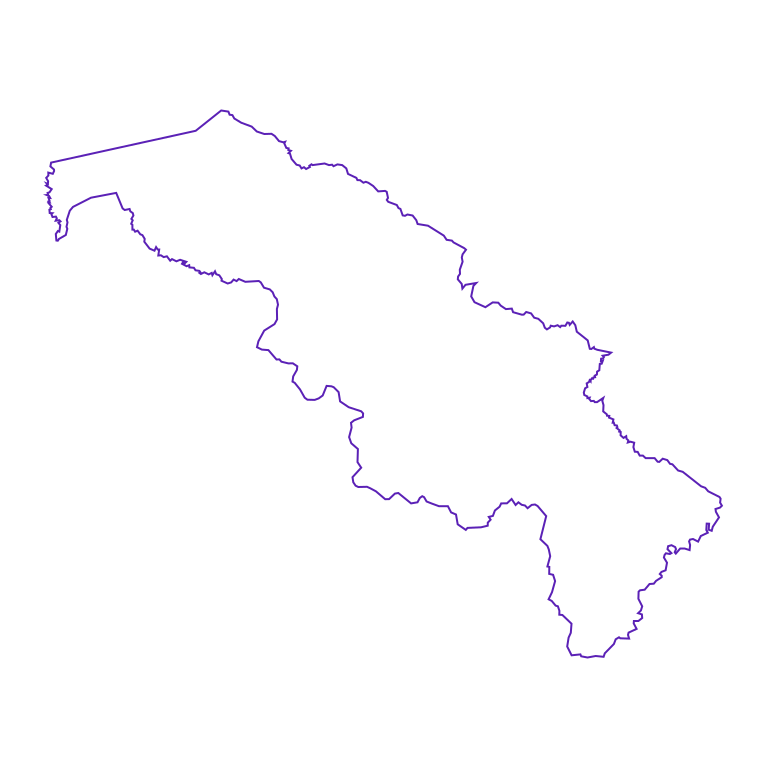 outline of Lavushimanda, Muchinga, Zambia
{"feature_id": "96606910B97886687400536", "entity_name": "Lavushimanda", "entity_type": "district", "adm_level": 2, "iso_a3": "ZMB", "parent_name": "Zambia", "parent_adm1": "Muchinga", "projection": "orthographic", "projection_center": [31.015, -12.593], "detail": "fine", "context": "isolated", "style": "outline", "palette": "violet", "viewbox_px": 768, "rotation_deg": 0, "n_neighbors": 0, "source": "geoboundaries", "source_scale": "gbopen_adm2", "svg_char_len": 6073}
<svg xmlns="http://www.w3.org/2000/svg" viewBox="0 0 768 768"><path d="M571.6,655.3L580.4,654.4L581.2,656.3L587.5,657.5L595.7,656.0L603.6,656.8L604.8,653.3L613.9,644.0L615.7,639.3L619.0,637.3L620.3,638.3L629.1,638.6L628.0,634.9L628.6,632.6L636.6,628.9L633.7,623.4L633.9,621.0L638.4,621.0L642.2,618.0L641.9,614.4L638.1,613.2L640.9,610.5L642.2,606.3L638.4,598.8L638.6,591.7L640.0,590.3L644.7,589.7L649.5,584.0L653.8,583.7L656.1,580.8L661.7,577.2L661.7,575.7L659.8,574.0L661.5,571.9L665.6,570.3L667.0,562.7L663.9,557.5L664.6,554.9L665.9,553.3L669.9,554.0L671.4,553.1L667.5,549.2L668.1,546.2L671.5,545.2L675.2,547.1L676.0,549.1L674.7,552.3L675.8,553.6L680.2,548.5L684.6,548.5L689.6,550.1L690.1,545.0L689.1,541.4L690.0,539.6L693.0,539.0L698.1,541.6L700.8,536.0L707.8,532.7L706.3,530.0L706.7,523.6L709.1,523.7L708.7,529.7L711.7,530.8L712.8,526.7L719.0,517.4L715.9,511.8L715.5,509.0L720.0,507.6L721.9,505.7L720.1,502.6L720.6,498.7L719.5,497.0L708.2,491.3L705.2,487.8L701.1,486.3L682.7,471.8L678.1,470.5L672.4,464.3L670.0,463.8L667.3,460.1L662.7,458.7L659.3,461.9L657.6,461.7L654.6,458.1L645.6,458.1L642.9,455.6L639.7,455.6L637.7,451.9L634.8,451.7L633.4,447.1L634.2,442.7L630.5,441.7L627.8,442.5L628.4,440.5L626.5,438.7L626.2,436.2L623.5,437.9L620.6,435.3L620.7,432.0L619.2,431.6L619.7,430.4L616.6,428.0L617.4,427.2L616.9,425.5L614.6,425.2L613.8,422.6L612.7,422.7L613.4,419.4L609.0,417.6L609.3,415.9L607.0,415.7L606.8,414.3L603.2,411.4L603.5,405.1L602.3,400.8L603.3,397.9L597.1,402.1L594.7,402.1L593.8,400.9L591.0,401.1L589.1,398.8L589.6,397.7L587.4,398.1L587.3,396.4L584.3,395.0L583.8,392.6L585.1,388.3L587.4,387.0L586.7,383.4L589.0,382.0L589.6,380.3L590.6,381.4L590.7,379.6L592.1,378.8L591.3,378.0L593.2,378.6L593.5,377.4L595.1,377.2L594.7,375.7L596.9,374.5L597.1,371.6L599.3,370.3L599.8,364.0L601.7,363.7L602.8,360.7L600.9,361.3L601.1,358.7L603.1,358.4L603.9,357.1L602.7,355.7L608.5,354.7L611.1,352.6L597.3,349.8L594.4,348.7L593.9,347.1L591.3,349.0L589.8,348.8L587.7,340.4L576.8,331.7L575.3,325.2L572.7,321.5L569.7,324.9L568.9,322.8L567.3,322.5L565.4,325.8L561.3,325.7L560.2,327.1L557.6,325.2L554.1,326.4L550.7,325.7L550.1,327.4L546.9,329.4L544.8,327.7L543.2,323.3L538.3,318.8L534.2,317.7L531.1,313.4L526.2,312.0L523.7,314.6L521.9,314.7L513.1,312.2L511.8,308.6L505.9,309.1L500.7,305.6L498.3,302.7L492.7,302.4L485.4,307.2L474.5,302.2L471.2,296.4L473.4,285.9L476.2,283.0L465.5,284.8L462.4,288.6L461.7,283.9L457.8,279.3L458.1,276.5L460.0,273.9L459.8,269.7L462.6,261.7L461.8,257.5L462.6,254.3L466.0,249.7L464.3,248.2L453.5,242.4L451.9,240.6L446.6,239.8L443.8,235.6L428.0,225.7L417.6,224.0L416.3,220.2L412.6,215.5L407.4,214.5L405.0,215.8L402.7,215.4L400.4,208.9L398.5,208.1L396.8,205.0L388.2,201.8L386.8,199.9L388.0,197.9L386.7,191.8L385.0,190.9L378.2,191.4L373.2,186.0L368.4,182.8L365.8,181.8L363.4,182.7L360.1,180.2L357.4,180.1L356.4,177.9L348.0,173.9L346.3,168.4L342.2,165.1L337.4,164.4L333.5,166.2L332.1,164.7L329.0,165.1L324.6,163.5L312.5,165.1L311.5,164.3L309.3,165.8L309.9,167.0L306.1,169.0L304.0,167.2L301.5,168.4L299.7,165.5L296.5,164.7L291.6,159.0L290.0,153.7L288.5,153.1L290.9,150.8L288.3,150.0L288.6,148.4L286.3,147.9L284.3,143.4L285.1,141.8L283.3,142.3L279.0,141.1L274.8,136.0L271.5,133.8L264.3,134.0L256.8,131.5L251.7,126.6L241.2,122.7L234.3,118.5L232.4,115.1L229.6,114.7L228.4,111.6L221.2,110.5L195.7,130.8L51.1,162.6L50.4,166.4L54.0,169.5L54.1,171.0L52.8,173.8L48.3,172.6L48.4,175.5L46.2,177.9L48.1,181.2L47.9,184.0L46.7,183.5L47.7,184.8L46.1,185.6L51.7,189.1L49.5,192.3L47.6,192.9L48.1,194.8L46.7,195.0L49.1,196.0L50.2,198.0L48.5,197.9L49.6,200.9L48.5,201.4L49.7,202.7L48.5,203.0L51.7,206.8L50.4,208.0L50.8,209.2L49.4,209.7L49.7,213.0L52.4,213.2L51.4,214.2L52.5,217.0L55.9,216.6L56.8,218.3L55.7,220.7L59.3,220.2L60.5,221.4L58.4,222.8L60.3,225.1L59.3,231.6L57.9,231.0L55.8,234.0L56.4,240.5L57.8,240.7L59.0,238.9L65.8,235.0L67.3,228.8L66.5,226.8L67.5,222.4L66.8,219.9L69.8,210.7L73.0,206.9L91.0,197.7L116.2,192.9L122.6,208.4L124.7,210.0L129.6,209.0L130.3,211.3L132.8,213.1L133.4,215.5L131.4,218.9L132.7,220.3L131.2,223.8L132.4,224.8L132.4,229.6L133.8,229.6L135.1,231.7L137.6,230.7L140.3,234.3L142.4,235.1L144.7,238.9L144.3,241.7L149.6,248.6L154.5,250.7L156.1,247.1L157.7,249.5L159.2,249.5L158.3,255.5L160.9,255.3L163.7,257.1L166.9,256.3L170.2,260.7L172.0,259.1L176.4,261.3L180.1,259.8L186.3,261.8L184.6,263.5L182.7,262.7L182.0,263.8L186.6,266.2L189.2,265.2L189.4,267.4L193.9,267.8L195.5,270.3L199.4,270.9L200.4,272.3L199.4,272.9L200.9,274.0L204.3,272.3L208.7,274.4L211.7,272.9L212.4,275.2L215.0,271.3L216.2,274.2L219.3,275.3L221.8,279.0L221.5,280.7L227.7,283.5L231.2,282.4L233.6,279.6L236.6,281.1L238.8,279.0L245.3,281.8L258.8,281.0L260.8,282.4L264.0,287.7L269.8,289.4L272.7,292.3L274.4,296.5L276.8,299.1L278.0,304.7L276.9,309.0L277.1,319.4L274.5,324.1L264.2,330.6L258.4,341.3L257.0,347.2L261.9,349.6L268.4,350.1L276.5,359.5L279.4,359.4L281.4,361.7L288.4,363.4L292.8,363.3L297.3,366.3L296.9,369.9L293.2,376.4L292.5,381.6L294.7,382.8L300.0,389.4L304.7,397.7L307.4,399.7L314.7,399.9L318.7,398.4L322.7,395.5L326.6,385.9L331.4,386.3L333.7,387.2L338.6,392.1L340.1,401.4L348.7,407.2L361.2,411.3L363.1,413.4L362.9,416.9L354.2,420.3L351.0,422.8L351.6,427.6L349.1,437.1L351.3,443.3L357.9,449.0L357.5,462.1L361.2,467.7L352.5,477.2L353.3,482.3L355.6,485.7L358.3,487.0L367.0,486.8L370.3,488.3L375.9,491.3L385.2,499.2L389.1,499.1L394.9,493.6L398.3,493.0L411.1,503.4L417.5,502.3L419.8,498.0L422.2,496.2L424.1,497.2L426.6,501.5L431.9,503.6L439.0,506.2L447.9,506.2L451.1,512.4L456.0,514.5L457.7,524.3L465.8,529.9L467.5,527.9L481.0,527.3L487.7,525.7L487.8,522.6L490.6,519.7L488.8,516.9L492.9,515.9L494.9,510.5L499.6,506.7L501.2,503.4L507.0,503.3L511.6,499.0L515.6,505.0L518.4,502.3L521.7,504.8L525.0,505.5L527.6,508.2L531.7,504.9L535.0,504.5L537.6,506.0L546.2,516.1L540.4,539.2L547.4,545.9L548.8,549.5L550.2,556.2L547.4,566.5L549.3,566.9L549.2,573.9L553.1,574.8L555.1,581.1L552.0,592.2L548.6,599.3L551.7,600.9L555.6,605.6L557.9,606.3L559.4,610.8L559.3,614.7L562.4,615.0L571.5,623.7L570.8,632.8L568.6,637.6L567.2,646.5L571.6,655.3Z" fill="none" stroke="#5b21b6" stroke-width="2"/></svg>